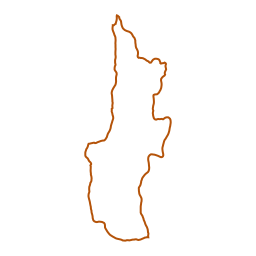 outline of X-1 Right Bank Essequibo, Upper Demerara-Berbice, Guyana
{"feature_id": "73187651B95579298937311", "entity_name": "X-1 Right Bank Essequibo", "entity_type": "district", "adm_level": 2, "iso_a3": "GUY", "parent_name": "Guyana", "parent_adm1": "Upper Demerara-Berbice", "projection": "robinson", "projection_center": [-58.454, 5.555], "detail": "fine", "context": "isolated", "style": "outline", "palette": "amber", "viewbox_px": 256, "rotation_deg": 0, "n_neighbors": 0, "source": "geoboundaries", "source_scale": "gbopen_adm2", "svg_char_len": 5760}
<svg xmlns="http://www.w3.org/2000/svg" viewBox="0 0 256 256"><path d="M112.8,25.3L112.8,25.7L112.6,27.1L112.5,28.5L112.6,29.7L113.1,31.2L113.8,32.9L114.2,34.1L114.5,35.1L115.1,36.3L115.4,37.3L115.6,40.2L115.5,41.8L115.4,43.3L115.5,44.6L115.5,46.0L115.5,47.4L115.6,48.9L115.5,50.4L115.4,52.0L115.4,53.2L115.4,54.5L115.6,55.9L115.7,57.1L115.5,58.5L115.1,59.9L115.1,61.0L115.1,62.3L115.2,63.3L115.5,64.3L115.4,65.3L114.9,66.2L114.6,67.9L114.6,69.6L115.1,70.6L115.9,71.7L116.5,72.7L116.7,74.1L116.5,75.1L116.2,76.3L116.0,77.5L116.0,78.5L116.0,79.9L116.1,81.3L115.9,82.8L115.7,83.9L115.4,84.9L114.8,85.8L114.3,86.6L113.5,87.9L112.9,89.0L112.3,90.2L111.9,91.5L111.7,92.7L111.7,93.7L112.0,95.1L112.1,96.2L112.3,98.9L112.4,100.1L112.4,101.4L112.7,102.9L112.5,104.2L112.3,105.7L112.4,106.9L112.5,108.1L111.7,108.9L111.8,110.0L111.7,111.6L112.2,113.0L112.4,114.0L112.6,115.1L113.0,116.2L113.2,117.3L113.2,118.5L112.9,119.5L112.4,121.0L112.0,122.4L111.6,123.6L111.3,124.6L110.9,126.0L110.8,127.0L110.5,128.5L110.0,129.9L109.5,131.0L109.0,131.9L108.4,132.8L107.7,134.2L107.3,135.5L107.0,136.4L106.7,137.4L106.1,138.2L105.6,139.1L104.9,139.9L104.0,140.5L103.1,140.5L102.1,140.7L101.2,140.9L100.3,141.2L99.3,141.6L98.1,142.0L97.0,142.5L96.0,143.0L95.0,143.1L94.2,142.7L93.2,142.8L92.2,143.1L91.0,143.3L90.0,143.6L88.6,143.8L88.2,144.8L87.9,146.1L87.5,147.2L87.0,148.2L86.3,149.2L86.0,150.3L85.5,151.7L85.3,152.7L85.3,154.0L85.3,155.3L85.6,156.4L86.4,157.3L87.6,158.3L88.3,159.4L88.7,160.4L89.4,161.4L90.4,162.3L91.1,163.4L91.1,164.4L90.4,165.3L90.8,166.7L90.7,167.8L90.7,168.8L90.6,170.3L90.7,171.9L90.9,173.5L90.9,174.8L91.3,176.1L91.5,177.3L91.6,178.5L91.5,179.5L91.4,180.9L91.0,181.9L90.4,182.8L90.2,184.0L89.8,185.5L89.3,186.8L89.2,188.1L89.2,190.1L89.4,191.2L89.2,192.4L88.7,193.7L88.5,195.2L88.5,196.4L88.7,197.5L89.0,198.8L89.4,200.2L89.8,201.8L90.1,203.6L90.4,205.2L90.8,206.9L90.9,208.6L91.2,209.8L91.5,210.8L91.5,211.8L91.7,212.9L92.1,214.2L92.4,215.4L92.6,216.6L92.7,218.1L93.0,219.1L93.4,220.4L94.3,221.3L95.6,221.9L96.8,222.1L97.8,221.9L98.9,221.6L99.9,221.7L100.8,221.8L102.1,222.0L103.2,222.5L104.0,222.9L104.6,223.7L104.9,224.7L105.0,226.0L105.0,227.3L105.5,228.5L106.2,229.6L107.0,231.0L107.6,231.9L108.2,232.7L109.5,234.3L110.5,235.2L111.4,235.7L112.4,236.4L113.5,237.0L114.6,237.6L115.6,238.2L116.7,238.6L117.9,238.9L118.9,239.1L119.7,239.3L120.6,239.5L121.8,239.9L122.6,240.4L123.4,240.5L124.6,240.6L125.6,240.6L126.8,240.2L128.1,240.2L129.3,240.4L130.2,240.2L131.2,240.0L132.2,239.7L133.2,239.6L134.2,239.6L135.2,239.3L136.3,239.3L137.3,239.7L138.3,240.0L139.4,239.8L140.6,239.5L141.5,239.1L142.7,238.6L143.9,238.1L144.8,237.6L145.8,237.5L146.8,237.2L148.3,237.3L148.1,235.9L148.3,234.7L148.4,233.3L148.0,232.3L147.9,231.0L147.7,229.5L147.3,228.2L146.9,227.1L146.4,226.2L145.9,225.3L145.4,224.2L145.0,223.0L144.7,222.0L144.2,220.9L143.7,219.8L143.5,218.7L142.9,217.2L142.4,215.8L141.8,214.9L141.2,214.0L140.7,212.7L140.7,211.6L140.7,209.7L140.7,208.3L140.7,206.7L140.8,205.6L141.0,204.4L141.2,202.7L141.5,201.5L141.6,200.2L141.6,199.0L141.3,197.8L140.8,196.8L140.3,195.8L139.7,194.8L139.3,193.7L139.1,192.2L138.9,190.9L138.9,189.8L138.8,188.7L138.9,187.5L139.6,186.5L140.4,185.1L140.7,184.0L141.1,182.4L141.2,181.2L141.7,180.0L142.1,178.6L142.6,177.6L143.5,176.4L144.4,175.2L145.4,174.1L146.1,173.5L146.9,172.9L148.0,172.0L148.7,170.8L149.1,169.2L149.2,167.4L149.0,165.8L148.9,164.3L148.7,162.6L148.4,161.1L148.2,159.9L148.2,158.8L148.3,157.6L148.6,156.6L149.3,155.6L150.0,154.9L151.0,154.3L151.9,154.3L153.0,154.5L154.1,154.6L155.3,154.9L156.5,155.3L157.9,155.8L159.0,156.3L160.2,156.9L161.1,157.2L162.1,157.0L162.9,156.4L163.3,155.2L163.2,154.0L163.0,153.1L162.7,151.7L162.5,150.2L162.4,149.0L162.4,148.0L162.7,146.6L163.0,145.6L163.2,144.6L163.5,143.6L163.9,142.0L164.2,141.0L164.8,139.7L165.5,138.9L166.3,137.5L167.1,136.1L167.9,134.8L168.5,133.4L169.0,131.8L169.3,130.7L169.5,129.4L169.8,127.6L170.2,126.1L170.4,124.7L170.6,123.4L170.7,122.3L170.6,120.8L170.4,119.7L170.0,118.8L169.3,118.1L168.4,117.4L167.3,117.3L166.2,117.4L165.1,117.8L163.9,118.7L163.0,119.3L161.9,118.9L161.0,119.0L160.0,119.1L159.1,119.1L158.2,119.0L157.2,119.2L156.3,119.6L155.3,119.5L154.5,119.0L153.8,118.0L153.4,116.6L153.1,115.3L153.0,114.2L152.8,113.2L153.0,111.9L153.3,110.7L152.9,109.5L152.8,108.4L153.0,107.3L153.2,105.8L153.5,104.7L153.8,103.5L153.9,102.4L153.9,101.2L153.8,99.7L153.7,98.5L153.5,97.1L153.4,95.8L153.7,94.9L155.0,94.4L156.0,94.4L157.2,94.2L158.5,93.1L159.1,92.3L159.6,91.3L160.3,90.2L160.8,89.0L161.2,87.9L161.4,86.6L161.6,85.0L161.6,83.9L161.5,82.8L161.2,81.4L161.0,80.1L161.2,78.8L161.9,77.8L162.7,76.9L163.6,76.2L164.5,75.6L165.1,74.6L164.8,73.8L164.8,72.5L165.2,71.4L165.6,70.5L166.1,69.6L166.0,68.6L165.7,67.4L165.5,66.3L165.6,65.2L166.0,64.0L165.5,63.1L164.6,62.6L163.7,63.1L162.6,63.2L161.7,63.4L160.9,63.6L160.4,63.2L160.5,62.9L159.8,61.1L159.4,60.1L158.6,59.3L157.7,59.0L156.8,58.8L155.8,58.7L154.7,58.8L153.9,59.2L153.1,59.7L152.3,60.6L151.6,61.7L150.9,62.6L149.9,62.7L149.1,62.2L148.5,61.4L147.1,60.8L146.3,60.3L145.5,59.6L144.7,59.1L143.9,58.7L142.9,58.2L141.7,58.0L140.7,58.0L139.6,57.7L138.6,57.8L137.9,57.1L137.6,56.0L137.9,54.6L138.0,53.4L138.0,52.3L137.8,51.2L137.4,50.2L136.9,49.1L136.2,47.9L135.8,46.5L135.7,45.4L135.6,44.2L135.4,43.1L135.3,41.7L135.3,40.4L134.9,39.1L134.3,37.7L133.6,37.0L132.9,36.0L132.5,35.1L131.5,33.5L130.8,32.8L129.8,32.1L129.0,31.7L128.1,31.4L127.1,31.1L126.1,30.7L124.9,30.1L123.9,29.3L123.0,28.4L122.5,27.5L122.1,26.5L121.7,25.4L121.4,24.1L121.2,22.6L121.0,21.2L120.5,20.2L119.8,19.3L119.3,18.2L119.2,17.1L118.5,16.5L117.8,15.8L116.9,15.4L116.7,16.0L116.8,18.5L116.7,19.4L116.5,20.6L115.7,23.4L115.7,23.8L115.2,24.0L113.7,25.3L113.2,25.4L112.8,25.3Z" fill="none" stroke="#b45309" stroke-width="2"/></svg>